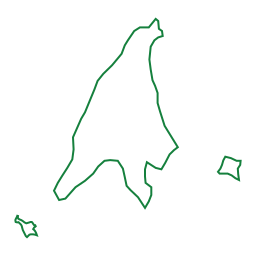 Labuan, Labuan, Malaysia (Robinson projection)
{"feature_id": "92858781B93759904190294", "entity_name": "Labuan", "entity_type": "district", "adm_level": 2, "iso_a3": "MYS", "parent_name": "Malaysia", "parent_adm1": "Labuan", "projection": "robinson", "projection_center": [115.205, 5.305], "detail": "fine", "context": "isolated", "style": "outline", "palette": "green", "viewbox_px": 256, "rotation_deg": 0, "n_neighbors": 0, "source": "geoboundaries", "source_scale": "gbopen_adm2", "svg_char_len": 1557}
<svg xmlns="http://www.w3.org/2000/svg" viewBox="0 0 256 256"><path d="M169.6,154.4L174.0,150.1L177.8,147.2L164.6,125.8L160.1,111.6L157.6,103.0L157.6,93.0L155.1,85.9L152.5,80.2L150.7,69.5L149.4,59.5L150.7,46.7L154.4,40.3L158.2,37.4L162.7,36.0L162.0,31.0L158.9,28.8L158.2,21.0L155.7,18.9L148.8,27.4L139.9,27.4L134.2,31.0L127.9,40.3L124.8,45.3L121.6,53.8L112.1,65.2L103.3,73.8L97.6,80.9L94.4,89.5L89.4,101.6L85.0,112.3L81.2,118.7L73.0,137.3L73.6,149.4L72.3,159.4L67.3,167.9L62.2,175.8L57.8,182.9L54.0,190.7L59.1,200.0L65.4,198.6L75.5,187.2L85.0,180.8L93.2,173.6L98.2,166.5L104.5,160.8L110.2,160.1L117.8,160.8L122.9,168.6L124.8,177.2L126.6,185.8L130.4,190.0L138.0,197.2L145.0,207.9L148.8,201.4L151.3,195.0L151.3,187.2L145.6,182.9L145.0,176.5L145.0,169.3L146.9,162.2L155.7,167.9L161.4,169.3L165.2,162.9L169.6,154.4ZM230.9,158.1L225.3,156.7L223.3,160.4L222.0,164.9L220.4,168.6L218.0,171.8L219.6,173.6L223.3,173.6L227.7,173.6L231.7,175.4L235.4,178.2L239.0,180.0L238.2,174.1L237.8,168.6L240.2,164.9L240.6,160.8L236.6,160.8L230.9,158.1ZM23.0,221.2L21.3,220.1L19.5,219.4L18.2,218.6L17.8,217.3L18.0,216.0L17.3,215.8L16.9,216.9L16.2,218.2L15.5,219.6L15.4,220.7L15.7,222.0L17.2,222.4L18.5,222.2L21.0,224.6L21.7,225.9L22.3,228.2L22.8,230.0L24.6,233.6L25.8,236.0L27.0,237.1L29.4,234.7L30.9,234.3L32.9,234.3L35.2,234.7L36.9,235.3L36.1,233.0L35.2,231.3L34.4,230.2L33.2,229.1L34.1,227.6L35.7,226.3L35.2,225.2L34.2,225.2L33.4,224.2L32.6,222.9L31.8,222.0L30.4,222.0L29.4,222.4L28.4,222.7L26.3,223.3L24.5,222.4L23.0,221.2Z" fill="none" stroke="#15803d" stroke-width="2"/></svg>